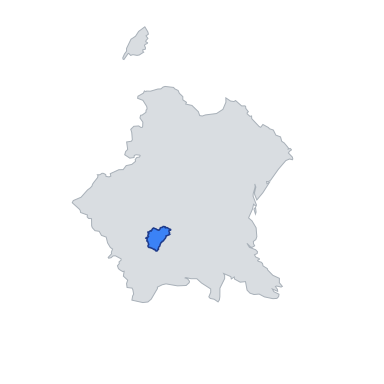 France, with Seien-et-Marne highlighted, rotated 208°
{"feature_id": "FRA-5342", "entity_name": "Seien-et-Marne", "entity_type": "Metropolitan department", "adm_level": 1, "iso_a3": "FRA", "parent_name": "France", "parent_adm1": "", "projection": "mercator", "projection_center": [2.98, 48.614], "detail": "fine", "context": "in_parent", "style": "filled", "palette": "blue", "viewbox_px": 384, "rotation_deg": 208, "n_neighbors": 0, "source": "natural_earth", "source_scale": "10m", "svg_char_len": 6299}
<svg xmlns="http://www.w3.org/2000/svg" viewBox="0 0 384 384"><g transform="rotate(208 192 192)"><path d="M283.6,162.8L281.5,163.9L280.2,166.3L278.9,166.9L276.4,166.9L275.2,165.4L272.3,166.4L271.1,167.9L272.8,169.8L267.0,177.4L263.3,179.4L262.5,184.4L258.1,188.1L256.5,192.0L256.3,192.7L257.4,194.0L257.0,196.5L254.8,198.2L254.8,199.8L255.4,200.0L258.8,198.7L260.1,197.2L259.4,195.2L262.8,192.7L268.9,193.3L269.6,196.6L268.8,199.4L273.2,205.5L269.4,208.3L269.2,210.1L273.1,216.2L275.5,218.6L274.2,222.7L270.1,225.3L267.4,225.0L266.3,225.7L266.4,226.9L268.2,230.6L272.7,232.9L273.4,235.6L272.1,236.6L270.1,240.7L271.0,242.8L270.6,243.6L271.1,245.0L272.3,246.4L278.4,249.9L284.0,249.2L284.7,251.2L281.3,256.5L281.5,258.9L279.8,259.0L279.5,259.8L276.0,261.5L270.5,266.9L267.9,268.4L266.8,271.1L265.3,272.6L257.3,275.7L255.8,275.0L251.9,275.1L249.5,273.2L244.9,271.9L243.4,269.1L239.0,268.6L238.8,266.7L232.7,268.4L224.1,265.9L221.1,263.1L218.6,263.9L216.4,266.3L207.2,272.8L203.5,279.5L204.2,287.2L206.3,291.0L200.7,290.4L197.4,291.6L196.5,293.2L188.6,291.3L185.7,292.9L184.8,292.7L183.8,291.1L179.9,289.3L180.5,288.0L180.0,286.9L176.3,286.0L175.1,287.1L173.7,284.8L163.4,281.3L161.7,281.4L161.1,284.9L154.5,284.8L153.5,284.2L149.3,284.9L144.7,281.6L139.7,282.2L136.6,278.9L133.6,278.6L129.4,276.9L127.4,276.0L127.2,275.0L125.9,276.5L124.3,276.2L124.0,275.7L125.0,273.8L125.2,271.7L119.9,270.0L118.5,268.5L118.5,267.6L121.4,266.9L123.9,263.8L126.4,252.7L128.1,239.5L129.4,237.0L131.1,236.3L129.8,234.5L128.1,236.9L129.1,224.6L131.0,215.4L135.5,219.2L136.5,220.8L137.9,226.3L140.4,228.6L138.7,226.4L137.1,219.1L136.1,217.0L129.0,210.8L128.8,209.4L131.9,210.1L130.6,205.5L129.9,195.7L125.5,194.7L118.6,190.5L113.8,183.0L113.3,180.1L114.6,177.1L113.4,175.2L111.4,173.9L113.0,171.3L114.4,171.0L119.4,172.5L115.3,170.1L108.7,170.9L106.1,170.0L105.6,168.2L107.4,165.9L105.2,164.5L101.4,164.8L100.9,164.2L102.0,162.5L101.1,161.9L98.0,162.5L96.2,162.0L94.6,160.1L89.5,159.7L88.4,158.6L81.5,156.4L74.3,156.8L72.3,152.9L67.9,151.1L68.7,149.9L73.2,148.7L74.0,147.7L70.8,146.1L69.7,144.5L75.6,144.1L72.9,142.4L67.2,142.6L66.4,140.3L67.1,137.9L70.5,135.8L78.8,133.4L84.8,133.4L89.1,130.6L93.3,129.9L97.3,131.2L102.7,138.0L107.1,135.0L113.5,135.1L114.8,136.8L116.5,133.7L118.0,135.5L125.8,134.9L124.0,133.7L122.5,130.8L122.2,120.2L118.2,112.5L117.2,109.6L117.4,107.2L122.1,107.7L126.0,106.6L127.9,107.3L128.4,112.3L130.0,115.2L140.8,116.1L147.1,117.7L152.4,114.9L157.3,113.6L157.7,112.9L154.9,113.2L152.3,112.0L151.9,110.6L153.3,106.7L160.8,102.3L171.8,98.7L174.7,96.2L177.9,91.7L177.2,90.6L177.7,78.3L179.3,74.2L183.5,71.3L194.3,68.3L195.6,72.3L195.6,74.5L198.4,78.0L199.8,79.0L204.5,77.2L206.8,80.4L207.4,84.0L213.1,85.5L214.7,90.2L215.8,89.2L219.3,89.4L221.0,89.8L223.2,91.9L222.6,94.7L223.6,96.0L222.6,98.6L223.3,99.7L229.7,99.7L231.7,98.5L232.6,96.0L234.5,94.4L235.3,94.9L234.0,99.7L234.9,100.9L235.4,104.4L237.9,104.6L242.6,107.4L246.6,111.9L251.6,111.2L255.5,113.7L259.5,112.3L263.3,113.7L264.7,115.0L268.2,121.3L270.9,120.1L272.9,120.8L273.5,122.6L280.7,121.6L282.1,123.3L283.6,124.0L292.7,126.3L292.8,128.7L287.5,135.3L285.2,144.8L283.7,148.0L283.1,150.4L283.5,152.1L283.2,154.6L282.1,160.6L282.8,162.4L283.6,162.8ZM316.4,282.1L315.9,285.6L317.2,288.1L317.6,298.2L315.0,303.0L314.5,308.8L311.2,315.7L306.1,312.6L304.6,310.9L305.9,308.3L303.0,306.9L303.7,304.3L303.4,303.0L301.3,302.9L301.2,302.2L302.7,300.2L302.7,299.0L300.7,297.4L300.3,296.1L302.2,294.5L301.4,293.1L300.3,292.8L302.9,288.2L304.7,286.8L308.7,285.5L310.3,283.8L313.0,284.7L313.4,284.3L314.3,277.0L315.2,276.9L316.1,277.9L316.4,282.1ZM129.3,206.0L128.7,208.2L126.0,204.4L125.6,202.3L129.3,206.0Z" fill="#d9dde1" stroke="#a8b0b8" stroke-width="1"/><path d="M191.9,143.9L192.0,143.6L193.6,141.7L194.1,141.3L194.3,141.0L194.0,140.7L193.9,140.5L193.9,139.6L193.8,139.1L193.8,138.5L194.1,137.4L194.2,136.8L194.3,135.5L194.5,135.1L194.9,134.7L195.2,134.3L195.1,133.8L195.1,133.5L195.2,133.3L195.4,133.1L195.5,132.8L195.6,132.4L195.5,130.8L195.4,130.3L195.1,129.4L195.1,129.0L195.4,128.2L195.5,127.8L195.5,127.4L195.1,126.4L195.1,126.1L195.2,125.9L195.2,125.6L195.0,125.4L194.8,125.4L195.0,124.8L195.1,123.8L195.3,123.4L196.1,123.0L196.5,123.1L196.8,123.5L197.0,123.6L197.6,123.4L197.7,123.5L197.9,123.7L198.0,123.7L198.2,123.8L198.3,123.8L198.5,123.7L198.9,123.3L199.0,123.3L200.2,123.6L201.5,123.4L201.8,123.3L202.0,123.3L202.3,123.5L202.7,123.3L202.9,123.2L203.2,123.1L203.4,123.2L203.6,123.1L204.0,122.8L205.1,123.1L205.2,123.3L205.4,123.5L205.7,124.1L205.7,124.4L205.7,124.7L205.6,124.8L205.5,125.0L205.6,125.4L205.7,125.5L208.2,127.8L208.5,127.8L208.7,127.7L208.9,127.6L209.0,127.8L209.1,128.3L209.2,128.6L209.2,128.8L209.4,129.1L210.0,129.6L210.3,129.7L210.5,129.7L211.0,129.6L211.0,130.2L210.9,130.4L210.8,130.5L210.6,130.6L210.0,130.6L209.8,130.6L209.8,130.9L210.1,131.1L210.0,131.4L209.8,131.6L209.6,131.8L209.6,132.0L209.6,132.3L209.9,132.3L210.0,132.3L210.2,132.6L210.3,132.7L210.5,132.8L210.6,133.0L210.6,133.3L210.7,133.7L210.8,134.0L210.6,134.6L210.6,135.0L210.8,135.3L211.0,135.3L211.3,135.1L211.6,135.2L211.7,135.4L212.1,135.9L211.3,136.6L211.0,137.1L210.9,137.6L210.7,137.9L210.6,138.1L210.3,138.1L210.1,138.1L209.9,138.2L209.8,138.3L209.7,138.4L209.8,138.6L210.0,138.9L210.0,139.0L209.6,139.4L209.5,139.6L209.5,139.8L209.7,140.2L209.7,140.3L209.6,140.7L209.5,141.0L209.6,141.3L209.1,141.8L208.9,142.3L208.7,142.3L208.2,142.2L206.3,142.5L206.0,142.5L205.8,142.4L204.9,142.3L204.7,142.3L204.5,142.5L204.4,142.6L203.4,142.6L203.2,142.8L203.1,143.0L203.1,143.4L203.0,143.5L202.9,143.7L202.9,143.9L202.9,144.0L202.9,144.4L202.9,144.6L203.0,144.7L203.1,144.9L203.2,145.1L203.0,145.4L202.9,145.5L202.8,145.9L202.7,146.1L202.5,146.3L201.9,146.6L201.7,146.7L201.6,146.9L201.5,147.0L201.5,147.3L201.4,147.7L201.3,148.0L199.6,148.7L199.3,148.7L199.0,148.6L199.1,148.3L199.2,148.1L198.9,147.9L198.4,148.0L198.2,148.1L197.9,148.4L197.7,148.6L197.3,148.8L197.1,148.9L194.7,148.7L194.4,148.7L193.8,148.9L193.5,148.9L193.3,148.9L193.1,148.7L193.0,148.4L193.1,148.1L193.4,148.0L193.8,148.1L194.0,148.0L194.0,147.8L194.0,147.7L193.9,147.5L193.9,147.4L194.1,147.0L194.1,146.9L194.1,146.7L193.7,146.2L192.8,145.6L192.7,145.5L192.7,145.4L192.5,144.4L192.4,144.2L192.1,143.8L191.9,143.9Z" fill="#3b82f6" stroke="#1e3a8a" stroke-width="1.5"/></g></svg>